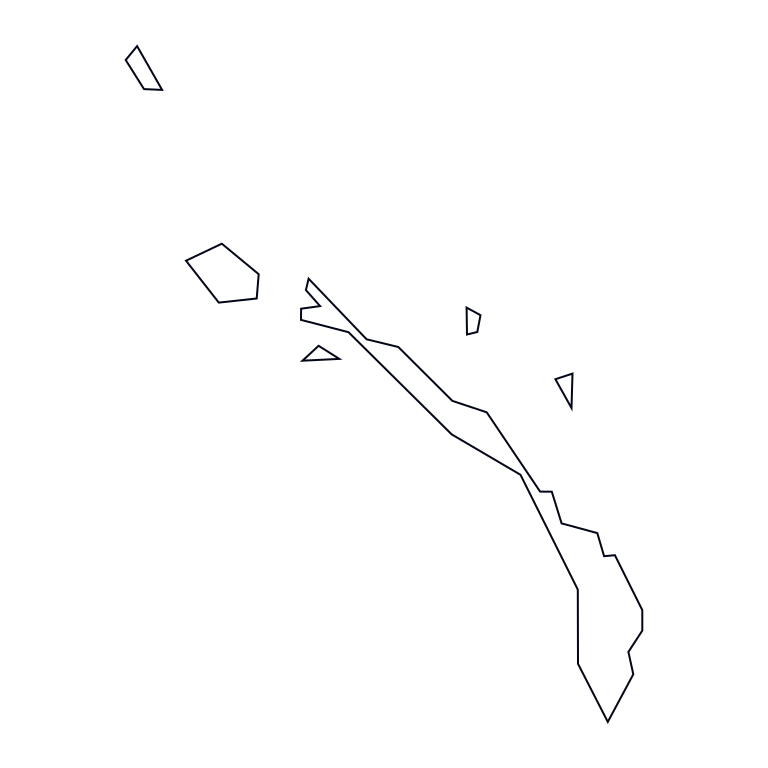 the Province of New Ireland
{"feature_id": "PNG-1255", "entity_name": "New Ireland", "entity_type": "Province", "adm_level": 1, "iso_a3": "PNG", "parent_name": "Papua New Guinea", "parent_adm1": "", "projection": "equal_earth", "projection_center": [151.706, -3.097], "detail": "coarse", "context": "isolated", "style": "outline", "palette": "ink", "viewbox_px": 768, "rotation_deg": 0, "n_neighbors": 0, "source": "natural_earth", "source_scale": "10m", "svg_char_len": 727}
<svg xmlns="http://www.w3.org/2000/svg" viewBox="0 0 768 768"><path d="M642.3,610.1L642.3,630.6L628.4,651.9L633.3,674.3L607.8,721.9L578.0,663.8L577.8,589.6L520.5,474.8L451.7,434.4L348.5,332.2L301.0,319.9L301.1,308.7L320.1,306.1L305.9,290.1L308.6,278.7L366.6,339.3L398.3,347.0L452.4,400.9L486.7,412.3L540.1,491.6L551.8,491.7L561.6,523.4L597.3,533.1L604.1,556.2L614.9,555.2L642.3,610.1ZM258.7,274.2L256.7,298.5L218.8,302.6L186.0,260.7L221.8,243.7L258.7,274.2ZM137.1,46.1L162.1,89.9L144.0,89.1L125.7,60.0L137.1,46.1ZM572.5,373.6L571.5,408.0L555.4,379.2L572.5,373.6ZM480.5,315.2L477.3,332.0L467.0,334.5L466.6,307.6L480.5,315.2ZM318.6,345.8L339.3,358.9L302.5,360.7L318.6,345.8Z" fill="none" stroke="#020617" stroke-width="2"/></svg>